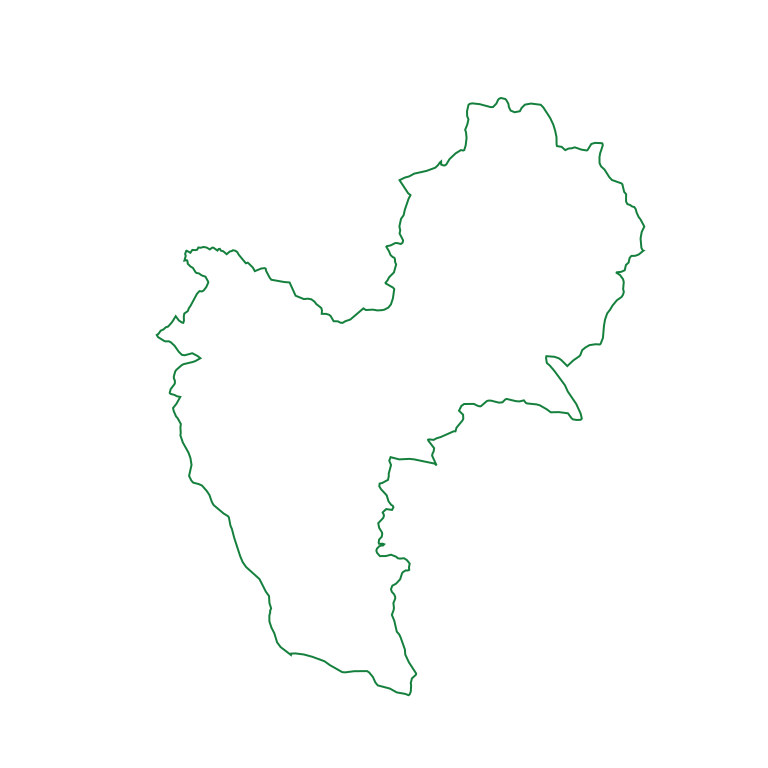 Van Ho, Son La, Vietnam (Mercator projection), rotated 190°
{"feature_id": "81297802B72197288944143", "entity_name": "Van Ho", "entity_type": "district", "adm_level": 2, "iso_a3": "VNM", "parent_name": "Vietnam", "parent_adm1": "Son La", "projection": "mercator", "projection_center": [104.865, 20.809], "detail": "fine", "context": "isolated", "style": "outline", "palette": "green", "viewbox_px": 768, "rotation_deg": 190, "n_neighbors": 0, "source": "geoboundaries", "source_scale": "gbopen_adm2", "svg_char_len": 6148}
<svg xmlns="http://www.w3.org/2000/svg" viewBox="0 0 768 768"><g transform="rotate(190 384 384)"><path d="M428.6,101.0L428.6,102.4L424.4,103.3L415.8,103.7L407.2,102.9L394.4,100.6L388.4,97.7L375.1,93.0L372.0,93.3L363.5,96.0L350.7,98.3L348.6,97.4L344.1,93.6L340.7,88.6L337.8,86.1L325.4,85.1L317.9,82.5L309.2,82.5L305.8,81.8L304.9,82.7L304.2,85.8L305.0,92.2L305.7,93.9L305.4,98.9L302.1,103.2L302.0,104.4L311.2,114.3L316.1,121.3L317.3,126.1L323.5,137.1L325.6,140.1L328.4,142.3L332.8,152.7L336.2,158.0L335.3,162.8L335.3,165.1L336.7,169.9L335.7,174.6L336.0,176.3L337.5,178.6L340.2,180.7L341.5,183.1L340.8,186.8L337.4,189.5L334.2,194.5L333.3,200.9L332.5,202.2L330.4,204.1L328.1,204.5L326.9,205.3L327.6,207.9L327.5,211.6L330.8,214.5L334.0,215.9L338.0,214.8L340.2,214.8L342.0,216.0L347.5,217.1L352.3,214.9L358.1,213.8L361.6,216.6L362.6,218.6L362.4,220.5L360.5,223.4L358.8,224.4L356.9,224.8L356.0,226.2L357.2,226.5L361.1,225.8L361.7,226.7L361.8,229.9L359.7,233.2L359.7,236.1L360.3,237.6L363.8,241.5L365.5,245.9L361.5,252.0L361.2,254.0L361.4,255.1L363.0,257.2L362.6,257.9L360.1,261.2L354.2,261.4L353.3,264.2L354.2,265.6L355.9,266.2L359.2,269.3L362.0,274.8L368.8,280.0L370.9,282.5L371.0,285.2L368.6,286.2L363.4,290.3L363.3,294.2L363.8,296.5L363.0,305.4L365.5,309.4L364.8,313.1L355.9,312.4L345.9,314.7L341.2,315.0L320.3,314.4L318.1,313.0L324.2,321.8L324.1,324.2L323.4,326.1L323.5,329.5L330.6,336.0L330.9,336.8L329.9,337.3L325.4,337.6L322.6,339.8L319.1,341.5L307.2,349.5L305.4,349.8L305.0,353.6L300.4,361.7L299.9,363.6L300.8,367.5L305.5,370.7L304.0,375.8L301.7,378.2L292.0,380.0L288.0,378.8L285.5,378.6L284.5,379.2L279.7,385.1L278.2,385.8L275.8,386.2L267.6,385.6L264.2,386.5L261.9,389.8L260.6,390.6L251.0,390.0L247.4,390.4L243.4,392.2L241.1,390.1L239.7,389.7L230.3,390.4L226.9,390.1L219.2,387.3L214.9,385.1L206.8,386.7L197.8,387.1L193.4,382.9L191.8,382.0L188.3,382.0L184.1,382.9L183.2,384.3L185.2,389.0L191.1,397.6L201.7,408.5L205.6,414.2L218.4,426.4L223.7,430.8L227.3,433.0L229.0,438.0L228.9,439.6L220.9,440.4L216.4,439.7L213.6,438.4L206.6,433.5L201.6,440.2L196.4,445.3L195.6,446.9L194.7,451.8L192.0,454.9L188.5,457.9L182.6,459.9L178.3,460.4L177.6,461.4L176.4,467.4L177.5,479.7L177.5,485.8L176.5,492.2L174.1,496.8L172.6,500.9L169.2,506.9L165.1,511.0L164.1,513.5L163.8,516.3L165.0,519.1L165.6,526.1L166.8,528.7L170.5,532.3L174.3,533.9L174.2,534.4L170.0,535.6L166.7,537.8L166.4,543.2L164.2,546.1L164.0,550.7L163.0,552.6L162.5,553.1L158.8,553.9L155.6,555.8L151.7,560.3L152.3,560.3L154.2,562.9L156.6,571.9L156.6,578.4L155.0,584.3L160.3,591.0L162.0,592.4L164.9,596.5L166.5,599.9L168.2,601.7L170.8,602.0L172.6,603.0L175.5,603.4L176.7,604.9L177.4,606.1L178.5,613.0L180.8,614.8L183.9,622.0L184.9,622.8L195.0,624.5L198.1,626.9L204.1,633.5L207.9,635.9L209.2,637.6L210.1,639.1L211.2,644.9L211.2,648.8L210.0,656.9L210.4,658.3L211.1,659.0L218.1,658.1L221.5,656.4L224.2,649.7L224.9,649.2L230.2,649.1L237.2,650.2L239.9,648.8L243.2,647.9L246.1,645.8L250.2,648.4L254.9,648.3L255.6,649.7L257.0,657.1L259.4,663.1L262.3,668.8L266.6,674.9L275.1,684.0L278.1,686.2L287.9,685.7L293.7,683.6L296.4,679.8L297.6,676.2L302.6,674.3L306.8,675.3L309.0,678.3L310.2,681.6L312.8,684.8L314.0,685.7L318.4,686.0L320.1,685.0L321.0,683.6L322.0,679.7L324.7,675.7L326.9,675.2L338.4,676.2L345.8,675.7L348.4,674.7L349.3,673.4L349.6,667.0L348.6,662.2L346.8,659.3L347.0,654.3L348.2,648.4L346.9,646.0L345.4,640.6L345.0,633.1L345.6,628.3L346.5,627.7L348.9,627.7L353.6,623.5L358.5,616.9L360.8,611.0L361.9,609.9L363.6,609.6L365.8,610.0L366.4,613.1L367.4,611.9L369.0,608.6L371.1,605.9L379.2,601.2L390.8,596.4L395.3,592.8L399.5,590.8L404.1,587.4L393.3,576.0L390.7,574.6L391.9,570.9L393.7,559.6L394.0,553.6L395.9,549.6L396.2,541.9L394.7,538.1L394.8,534.9L390.2,528.9L390.1,527.5L390.4,526.2L391.7,524.8L395.5,525.1L397.5,524.7L401.6,521.6L405.0,520.3L405.5,519.5L402.2,515.7L399.9,512.1L397.4,510.5L395.7,510.1L394.8,508.6L394.3,506.2L392.8,503.8L393.6,495.6L397.5,490.0L398.4,487.0L400.1,483.9L399.6,483.3L391.9,480.5L390.4,479.3L390.1,469.9L391.0,463.6L393.0,460.0L396.5,457.3L398.7,456.4L403.4,455.3L407.9,455.3L414.7,453.7L417.4,454.9L428.3,441.7L433.0,439.1L435.4,437.0L437.5,436.8L440.2,437.7L444.5,437.1L448.3,441.6L450.0,442.6L453.2,443.0L457.5,442.3L457.9,445.8L459.0,448.0L464.6,451.0L466.7,453.0L470.3,454.8L473.9,454.8L477.6,453.7L486.4,455.6L494.6,467.6L499.9,467.1L513.1,467.1L515.0,468.8L519.8,475.0L520.5,477.0L521.6,477.4L525.0,476.4L530.8,472.7L533.4,475.9L538.6,479.5L539.3,479.8L541.0,478.9L549.4,486.0L551.4,488.4L553.5,489.4L556.0,489.5L557.0,488.5L558.9,487.7L561.5,484.5L565.3,486.8L567.8,487.0L569.2,488.6L570.3,488.2L571.2,486.5L575.6,488.6L576.8,488.5L578.9,486.3L582.5,487.6L585.5,487.6L588.4,486.3L590.5,486.2L591.3,483.8L593.3,483.0L596.0,482.8L597.5,479.6L601.5,481.0L601.9,480.7L602.4,477.5L601.5,475.7L602.0,470.9L599.7,471.7L598.8,470.7L598.2,468.4L595.1,466.2L592.3,465.1L589.3,461.7L588.1,460.8L585.6,460.8L582.3,459.3L578.5,458.7L574.9,454.2L574.7,453.2L575.9,448.5L577.9,444.7L579.5,443.5L581.9,443.4L583.9,440.2L588.1,427.4L589.3,424.8L589.9,421.7L592.9,418.7L592.9,415.9L592.0,411.5L592.3,409.4L593.4,409.4L597.0,410.9L600.9,414.6L603.4,408.3L605.8,404.3L606.7,403.0L608.8,401.9L610.6,399.5L613.2,397.7L614.7,394.4L616.3,392.8L614.6,390.9L608.1,388.3L606.8,388.0L603.3,388.7L601.0,388.0L596.7,385.1L591.7,380.1L588.1,377.6L585.2,377.7L578.2,381.0L572.5,379.2L569.3,377.5L573.8,373.8L576.3,372.4L584.9,368.7L586.6,367.3L591.1,361.7L591.8,360.0L592.3,354.8L591.8,352.8L590.6,351.2L590.1,348.6L590.3,347.5L593.2,341.9L593.5,338.0L592.8,337.3L588.2,336.8L586.0,336.0L582.4,335.9L585.0,328.4L587.6,323.7L586.3,320.7L583.1,315.9L581.3,314.5L577.1,309.3L577.0,306.1L575.7,300.6L575.6,298.1L572.0,291.5L564.5,282.3L561.7,277.3L559.5,270.9L560.0,259.6L557.0,255.5L554.7,253.7L549.3,253.3L545.6,252.4L540.0,247.9L536.6,244.3L533.1,238.0L530.8,235.2L519.4,228.6L514.8,226.8L513.6,225.7L510.6,217.8L508.6,214.8L504.7,206.3L495.7,189.4L492.2,184.0L488.0,179.8L472.8,170.3L464.3,159.0L460.4,155.2L458.8,148.4L456.2,143.4L456.8,140.8L456.4,139.3L456.7,136.0L455.6,130.2L452.6,124.6L448.8,119.6L444.4,111.0L440.2,107.0L428.6,101.0Z" fill="none" stroke="#15803d" stroke-width="2"/></g></svg>